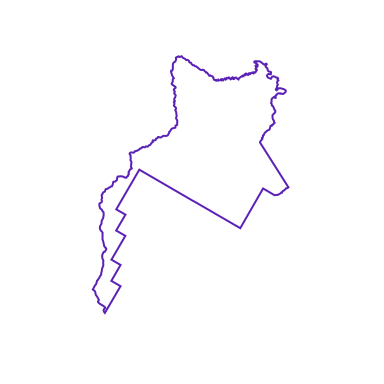 outline of La Jagua Del Pilar, La Guajira, Colombia, rotated 120°
{"feature_id": "7082276B91699112359201", "entity_name": "La Jagua Del Pilar", "entity_type": "district", "adm_level": 2, "iso_a3": "COL", "parent_name": "Colombia", "parent_adm1": "La Guajira", "projection": "natural_earth1", "projection_center": [-73.096, 10.466], "detail": "fine", "context": "isolated", "style": "outline", "palette": "violet", "viewbox_px": 384, "rotation_deg": 120, "n_neighbors": 0, "source": "geoboundaries", "source_scale": "gbopen_adm2", "svg_char_len": 5923}
<svg xmlns="http://www.w3.org/2000/svg" viewBox="0 0 384 384"><g transform="rotate(120 192 192)"><path d="M340.3,207.0L309.3,206.8L309.3,217.4L290.9,217.4L290.9,227.9L263.3,227.8L263.3,238.4L244.9,238.3L244.9,248.9L199.0,248.8L199.2,186.9L199.1,185.5L199.2,132.1L153.4,132.2L153.5,118.8L152.4,117.6L151.8,116.4L148.9,114.6L147.9,114.5L147.5,113.7L146.2,114.0L145.1,113.4L144.8,113.1L144.3,113.1L143.4,112.6L141.8,112.4L140.8,111.2L140.1,111.2L139.7,110.9L115.1,157.9L113.7,158.2L112.5,157.8L111.3,157.9L110.7,157.6L110.1,158.5L108.8,158.1L107.6,158.8L106.6,158.3L105.2,158.6L104.6,158.6L101.6,157.7L99.1,156.1L95.4,157.0L94.9,156.3L94.2,156.3L94.1,155.9L93.7,156.0L93.2,155.6L92.5,155.7L92.0,155.3L91.3,155.4L90.7,155.1L90.2,156.2L89.2,156.8L88.7,158.1L87.7,159.2L85.4,160.6L85.0,160.7L81.7,159.8L80.2,160.3L79.6,161.1L79.5,161.9L78.7,162.7L77.3,164.6L77.1,166.1L75.9,166.9L75.4,168.0L74.9,168.2L73.9,168.2L72.5,169.2L71.7,169.5L70.7,169.3L68.8,168.6L68.7,168.1L68.9,166.9L68.8,166.7L67.9,166.9L67.1,167.8L66.2,167.7L65.7,167.3L64.1,167.1L63.0,166.2L62.8,164.6L62.1,164.3L61.9,162.7L61.5,162.1L59.0,161.0L57.9,161.1L57.2,161.7L57.0,162.3L57.1,164.1L57.5,165.4L57.6,166.6L58.9,168.9L61.6,169.5L61.5,170.4L61.2,170.8L59.2,170.6L57.9,171.3L56.0,171.4L55.0,172.9L53.5,173.5L52.3,172.9L51.9,173.4L51.6,174.3L50.5,174.3L50.3,175.1L50.8,176.7L50.7,178.1L51.2,179.5L52.1,180.2L54.5,180.3L54.9,183.1L54.8,183.8L54.0,185.2L53.2,185.3L52.0,185.1L51.5,184.8L51.0,183.0L50.7,182.6L49.1,183.2L48.7,183.6L48.7,184.1L49.2,185.7L49.0,186.9L48.5,187.5L47.2,188.6L46.9,190.2L46.6,190.9L46.0,191.4L44.3,191.1L44.0,191.2L43.7,191.7L43.8,192.0L45.3,192.9L45.6,193.6L45.0,197.3L45.0,198.6L45.3,199.4L47.5,203.1L47.8,203.2L48.6,202.8L48.5,202.1L48.0,201.7L48.0,200.9L48.4,200.4L48.7,200.6L48.9,200.5L48.9,198.9L49.8,198.5L50.1,198.1L50.5,198.1L50.8,198.4L50.5,199.6L51.1,200.0L51.8,199.1L52.0,198.4L53.4,198.6L53.7,198.4L54.0,197.9L53.7,197.2L53.9,196.8L56.8,196.9L57.0,197.5L58.2,197.9L57.6,198.6L58.0,198.9L58.3,199.5L58.9,199.4L59.9,200.9L60.6,200.5L60.9,200.7L60.7,201.6L61.1,201.7L61.1,202.2L62.1,202.3L62.5,201.9L62.7,202.0L62.8,203.8L62.3,204.2L62.3,204.4L63.9,205.3L64.2,205.1L64.5,204.5L65.4,205.2L65.9,206.4L66.0,206.4L66.3,205.9L66.6,205.8L67.2,207.0L70.2,208.2L71.3,208.0L71.4,209.0L71.0,209.5L71.1,210.7L70.9,211.1L71.7,212.0L72.5,212.2L73.0,212.0L73.5,212.6L73.3,213.0L72.5,213.0L72.3,213.6L72.4,214.3L73.0,214.5L73.5,214.2L74.2,214.3L75.2,215.0L75.0,215.5L74.3,216.4L74.4,217.4L75.5,217.6L75.7,218.9L76.3,219.1L77.0,218.8L77.1,219.5L77.7,219.4L77.5,220.4L79.5,220.8L79.4,221.3L79.0,221.9L79.4,222.8L79.6,223.0L79.8,222.8L80.2,221.7L80.5,221.9L80.7,222.2L80.5,223.4L82.3,224.7L82.3,225.2L81.9,225.6L82.9,225.9L83.3,226.3L83.0,226.9L83.5,227.1L83.3,227.8L83.8,228.7L83.0,230.3L82.3,230.5L81.6,232.1L82.0,233.5L81.8,234.4L82.7,235.1L81.2,238.4L81.2,239.2L81.5,239.5L81.0,240.1L81.1,241.3L80.5,242.4L80.8,243.9L81.5,244.5L81.9,245.7L81.8,247.0L81.1,251.1L81.5,252.4L81.2,253.8L81.8,254.7L81.2,256.8L80.6,257.5L81.0,258.9L80.9,259.3L80.1,260.0L79.8,261.0L79.8,261.8L80.6,262.9L80.2,264.6L80.3,267.4L79.6,268.6L79.7,269.0L81.3,270.2L81.2,271.1L81.3,271.6L82.1,271.9L82.5,272.5L83.7,273.1L85.2,272.0L87.4,271.7L88.1,272.2L89.1,272.6L90.8,272.5L95.3,270.0L96.8,269.9L97.3,270.7L98.3,270.3L101.0,267.5L102.6,264.6L103.8,265.0L104.6,264.8L105.8,263.9L108.5,263.7L108.9,262.8L109.2,259.1L109.5,258.5L110.3,258.3L111.2,258.9L112.8,258.8L113.1,258.4L113.4,257.4L114.0,256.9L115.4,256.8L115.7,256.4L116.1,254.9L116.4,254.5L118.4,253.9L119.7,254.0L120.4,253.8L121.0,253.5L121.8,252.3L122.5,252.2L122.8,252.7L123.2,252.7L124.4,251.2L126.2,250.9L126.7,250.0L126.7,248.9L127.3,247.8L128.2,247.4L128.9,247.6L129.4,247.5L130.5,245.9L133.4,243.6L134.2,243.1L135.4,243.0L136.2,242.6L137.2,240.9L138.1,240.0L139.3,239.6L140.5,238.8L141.5,238.5L142.3,239.2L142.8,239.4L144.6,238.6L147.0,241.0L147.9,241.3L150.5,241.4L151.4,241.8L151.9,241.4L155.0,241.3L156.4,242.4L157.5,244.6L158.0,245.1L160.2,246.1L160.6,246.6L161.1,248.7L161.3,248.9L162.4,248.8L163.8,249.8L165.1,249.5L166.1,250.2L166.8,251.7L167.1,251.8L168.5,250.9L169.5,251.6L172.0,251.7L173.1,252.6L174.3,252.8L175.0,253.2L175.4,254.6L175.8,254.8L176.3,254.9L177.0,255.4L177.5,257.0L177.9,257.4L179.2,257.6L179.5,257.8L180.2,258.7L180.9,258.7L181.3,259.0L182.0,259.1L183.0,259.8L183.6,260.0L184.2,260.9L184.8,261.2L185.5,262.0L186.6,261.9L187.0,262.1L187.4,262.7L188.2,264.7L189.4,265.3L189.9,265.2L190.5,264.8L190.9,263.5L191.6,263.2L193.5,261.9L195.1,261.3L195.8,260.1L196.9,259.0L198.0,258.8L199.5,257.9L200.7,257.5L201.6,256.0L201.9,255.9L203.3,256.9L204.6,256.9L205.7,256.7L206.5,256.9L207.2,256.2L208.0,256.1L208.4,255.6L209.4,255.7L210.2,255.5L211.3,256.1L212.2,255.9L213.0,256.9L213.1,257.3L213.0,258.0L213.2,259.8L213.7,260.6L214.2,262.1L215.1,262.9L215.4,263.7L215.9,264.1L216.5,264.1L219.5,263.0L220.4,263.5L221.4,263.7L222.3,265.0L222.7,265.2L224.8,264.5L226.9,264.1L227.7,264.9L228.7,265.3L230.1,266.3L231.3,266.7L232.7,268.1L233.3,268.1L235.2,267.7L236.6,268.6L237.9,268.8L238.7,268.4L239.8,268.7L240.4,268.4L241.7,267.1L242.4,266.8L243.5,266.7L245.1,265.4L246.2,265.2L248.4,266.4L250.4,265.2L252.1,263.4L252.4,261.3L253.2,260.1L253.8,258.4L256.5,256.8L259.2,255.9L262.2,255.8L264.6,254.6L267.6,254.5L269.0,254.0L270.2,252.9L270.8,252.0L271.8,249.2L277.8,245.8L279.4,244.0L282.9,240.8L283.1,240.5L283.2,239.6L283.7,239.0L283.7,238.2L284.3,237.7L285.0,237.5L287.3,237.7L287.6,237.8L287.7,238.2L287.9,238.4L288.6,238.5L291.2,238.3L293.0,237.4L294.2,236.5L295.9,234.3L297.2,233.8L300.1,232.0L302.0,231.8L304.0,231.3L305.6,230.6L307.6,230.1L309.0,229.3L311.1,229.6L312.2,229.4L315.3,229.6L316.3,229.9L319.4,229.0L322.0,229.3L326.0,229.1L326.4,226.7L327.3,225.5L329.1,224.0L330.2,221.6L332.0,218.7L332.4,218.6L333.8,218.7L334.4,218.1L334.9,216.1L335.0,211.3L335.4,209.6L335.8,209.2L337.7,209.6L338.8,209.4L339.8,208.2L340.3,207.0Z" fill="none" stroke="#5b21b6" stroke-width="2"/></g></svg>